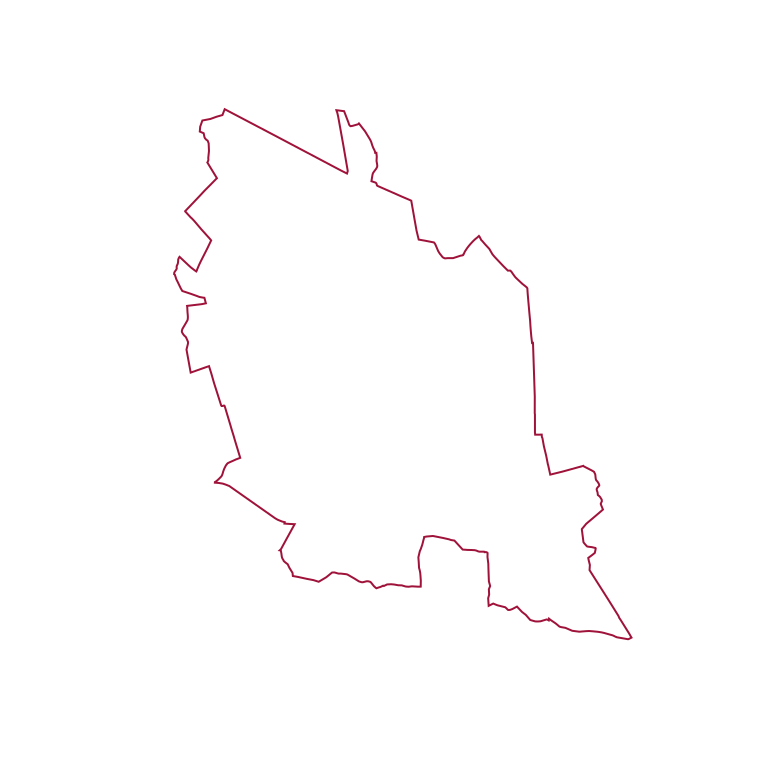 the district of Sannicolau Roman, Bihor, Romania, rotated 257°
{"feature_id": "2599482B50949816567850", "entity_name": "Sannicolau Roman", "entity_type": "district", "adm_level": 2, "iso_a3": "ROU", "parent_name": "Romania", "parent_adm1": "Bihor", "projection": "equal_earth", "projection_center": [21.725, 46.968], "detail": "fine", "context": "isolated", "style": "outline", "palette": "rose", "viewbox_px": 768, "rotation_deg": 257, "n_neighbors": 0, "source": "geoboundaries", "source_scale": "gbopen_adm2", "svg_char_len": 6149}
<svg xmlns="http://www.w3.org/2000/svg" viewBox="0 0 768 768"><g transform="rotate(257 384 384)"><path d="M506.9,509.8L505.9,508.1L504.6,505.4L503.0,502.7L500.8,499.5L499.3,497.5L497.9,495.8L495.0,492.7L492.3,490.6L492.3,490.3L491.8,490.0L491.7,489.3L491.8,487.4L491.1,479.6L492.3,474.5L492.6,472.2L492.8,471.5L493.3,470.8L493.8,470.2L494.5,469.6L495.3,469.2L496.6,468.6L498.2,467.8L499.8,467.2L501.3,466.7L507.0,465.7L508.6,465.4L510.0,464.9L510.7,464.5L514.5,456.0L516.9,450.3L526.1,450.2L535.9,450.7L556.5,451.8L558.0,449.8L562.9,443.1L575.9,425.7L578.6,422.1L579.2,421.8L580.7,421.8L581.8,421.4L582.2,421.0L584.4,417.4L587.2,418.5L590.5,419.9L591.3,420.3L591.8,420.6L592.8,421.6L595.6,424.9L597.0,426.1L598.0,426.5L599.4,426.7L603.0,426.9L607.2,428.1L611.0,428.6L611.2,427.4L612.3,427.5L613.8,427.3L616.7,426.6L619.6,426.2L622.6,426.0L624.6,425.6L626.6,425.0L634.4,422.4L643.5,418.2L643.1,417.7L642.9,416.9L642.6,411.4L642.7,409.9L642.7,409.5L643.3,408.9L643.9,408.6L644.4,408.4L644.9,408.3L646.5,408.2L658.8,406.5L661.5,399.2L661.0,399.2L660.4,399.3L658.8,399.5L655.0,399.5L626.1,398.1L599.7,396.6L597.4,395.3L601.8,390.0L650.5,333.7L687.6,290.6L682.4,287.1L682.1,281.1L681.3,274.5L681.6,266.3L676.4,263.0L676.1,262.8L671.4,261.3L668.9,264.7L665.1,264.6L663.8,264.8L662.0,265.8L660.8,266.9L658.0,267.3L651.0,266.0L650.2,265.8L643.7,263.6L641.8,263.3L640.2,262.3L639.6,261.7L622.1,267.5L621.7,266.8L616.9,259.3L612.7,252.6L608.7,246.7L597.1,229.1L596.8,229.1L596.1,229.6L593.9,230.8L589.7,233.2L588.3,234.2L585.7,235.7L577.4,240.0L576.2,240.6L565.2,246.7L562.8,247.9L555.8,242.3L544.9,233.2L541.9,230.8L538.2,228.1L536.5,227.0L535.9,226.4L537.6,224.9L540.6,222.4L542.7,220.9L553.9,213.4L553.2,212.6L552.2,211.9L551.6,211.5L549.2,210.8L548.0,210.3L547.4,210.0L545.9,208.8L545.1,208.4L544.4,208.2L543.4,208.1L542.5,207.6L541.9,207.0L541.3,206.3L540.4,205.3L539.5,204.6L538.2,204.2L537.5,204.8L534.2,205.1L532.8,205.2L530.4,205.8L522.9,207.5L520.0,208.4L515.3,216.1L512.5,220.5L510.3,223.8L509.0,226.8L508.4,228.4L502.7,228.6L502.8,224.4L504.4,209.7L503.2,209.6L498.2,208.7L494.6,208.2L493.1,207.9L491.8,207.5L490.7,207.1L489.6,206.2L486.2,203.0L483.8,200.7L482.9,199.9L482.0,199.4L481.2,199.0L480.4,198.8L480.0,198.8L479.3,199.0L477.7,199.5L476.9,199.9L475.9,200.4L475.4,200.8L474.5,201.4L473.5,201.7L470.4,202.3L469.0,202.5L468.1,202.3L467.1,201.9L465.5,201.1L462.0,199.3L438.6,198.2L440.8,217.5L433.1,218.1L423.3,218.6L407.4,219.9L399.9,220.5L399.5,220.6L399.1,220.8L399.0,221.1L398.9,221.8L399.0,222.7L399.0,223.2L398.8,223.6L398.6,223.7L396.8,223.9L378.2,225.1L374.4,225.3L367.6,225.8L362.1,226.1L344.4,227.3L343.8,222.8L343.3,220.4L342.5,216.2L342.0,214.0L341.5,213.1L341.3,213.0L340.3,211.7L337.3,209.2L335.0,207.7L332.3,206.2L331.0,205.2L330.4,204.5L328.5,201.5L327.0,198.8L326.5,197.2L325.9,197.0L324.8,200.6L323.2,204.5L321.6,207.1L319.4,210.3L277.8,247.6L275.7,249.8L272.9,253.8L271.7,256.2L270.4,255.6L269.3,259.1L267.5,265.4L254.3,253.6L246.3,246.5L245.4,245.0L245.0,246.0L242.1,245.9L239.0,245.6L237.7,245.6L236.3,245.9L235.3,246.3L234.1,246.5L232.9,247.3L230.9,248.9L230.1,249.6L226.1,250.5L220.5,252.4L217.4,252.0L215.4,256.7L211.4,265.2L208.8,271.1L206.0,275.9L208.7,284.3L212.0,291.0L211.5,293.4L209.5,297.0L208.9,299.5L207.2,304.3L206.6,305.5L201.1,311.4L197.3,315.2L196.0,317.4L195.7,318.3L195.6,318.9L195.7,322.8L195.4,324.0L195.0,324.9L194.3,326.1L193.7,326.6L191.8,327.5L189.3,328.7L187.7,329.8L186.7,330.6L187.0,333.8L187.0,334.5L187.3,336.2L187.7,337.8L187.2,338.4L188.0,341.9L187.3,345.9L186.3,348.9L184.7,352.6L183.8,356.0L182.0,359.2L181.6,360.1L180.9,362.5L180.6,365.6L180.1,367.4L179.0,371.1L178.3,374.2L184.4,375.7L186.5,376.0L188.9,376.4L191.8,376.8L194.1,376.9L197.1,376.8L202.2,377.7L207.4,378.5L213.1,381.3L215.2,382.9L216.2,383.5L218.9,385.2L223.2,387.4L224.8,388.3L225.9,388.7L225.8,391.2L224.9,397.5L223.3,401.1L220.7,406.9L218.0,412.5L216.9,414.2L215.6,417.4L205.0,423.4L203.6,427.9L202.4,432.5L201.7,434.9L201.0,436.4L199.8,438.0L199.2,439.2L198.2,443.5L197.9,444.2L197.5,444.2L197.2,445.8L196.7,446.5L196.1,446.9L195.6,446.8L192.1,445.9L185.4,445.2L180.0,444.1L168.1,441.8L163.3,442.0L160.4,440.0L155.2,439.1L151.8,437.3L144.3,436.1L145.5,441.0L142.9,444.7L139.2,451.9L138.1,452.7L136.9,453.4L136.0,454.0L135.7,454.9L135.6,455.7L135.6,456.5L135.8,458.1L136.0,459.0L137.2,463.5L131.0,467.1L130.6,467.4L127.2,470.2L121.2,473.4L120.5,474.6L118.7,477.9L118.0,480.4L117.6,483.2L118.0,489.5L117.9,489.9L116.6,491.3L118.2,492.0L117.0,492.9L115.9,493.9L112.0,497.5L110.3,498.8L108.5,500.1L108.0,500.6L107.2,502.1L105.6,505.9L101.2,511.9L98.7,518.6L97.8,524.8L97.2,528.2L96.1,531.7L94.5,536.5L93.1,540.0L91.9,542.5L89.7,546.5L87.8,550.0L87.2,550.9L85.7,552.7L84.8,554.0L82.2,560.2L80.5,564.2L80.4,564.9L81.2,568.1L85.8,566.7L100.6,561.6L103.2,560.6L105.2,560.3L122.4,554.4L156.4,542.4L161.4,543.9L166.2,543.8L168.6,543.9L170.6,548.5L172.0,551.4L172.6,551.7L174.7,552.7L176.0,553.2L176.3,553.3L176.7,553.1L177.2,552.0L178.2,550.0L178.6,549.0L179.4,546.8L179.8,545.8L180.2,545.2L183.5,543.4L184.8,542.8L185.3,542.8L195.2,543.8L197.6,544.0L198.2,544.2L199.6,546.1L202.3,549.6L208.1,560.9L211.5,567.4L212.4,569.1L216.8,568.4L218.4,568.2L218.9,568.5L220.9,570.0L221.6,570.0L222.4,570.1L225.4,569.1L226.1,568.7L227.7,567.4L230.5,567.7L231.3,567.6L231.9,567.5L232.3,567.5L233.4,567.5L233.8,567.6L234.5,568.1L235.1,568.8L235.8,569.7L236.4,570.7L236.9,571.0L237.5,571.0L238.7,570.8L240.2,570.3L241.2,569.9L242.3,569.2L243.4,569.0L244.3,569.0L247.4,569.4L248.0,569.5L249.1,569.4L250.6,569.0L251.2,568.9L251.5,568.6L253.1,566.9L259.0,559.9L259.4,559.8L258.5,538.5L258.3,525.6L268.1,525.7L268.6,525.6L277.5,525.9L287.5,525.8L295.6,526.2L296.8,525.9L299.2,526.3L300.6,519.9L302.9,520.2L320.3,524.2L321.6,524.3L337.9,528.1L389.9,538.3L390.6,538.4L390.6,537.5L397.0,538.2L402.1,538.9L407.4,539.7L412.8,540.6L420.3,541.6L433.2,543.4L440.2,544.4L445.0,545.2L446.1,544.8L450.5,541.3L456.9,537.0L458.7,535.9L462.4,534.3L464.3,533.6L465.6,532.9L466.1,532.5L466.6,530.2L472.2,526.7L483.3,520.2L486.1,518.8L492.0,517.0L497.4,513.9L501.6,511.7L502.2,511.2L506.1,510.2L506.9,509.8Z" fill="none" stroke="#9f1239" stroke-width="2"/></g></svg>